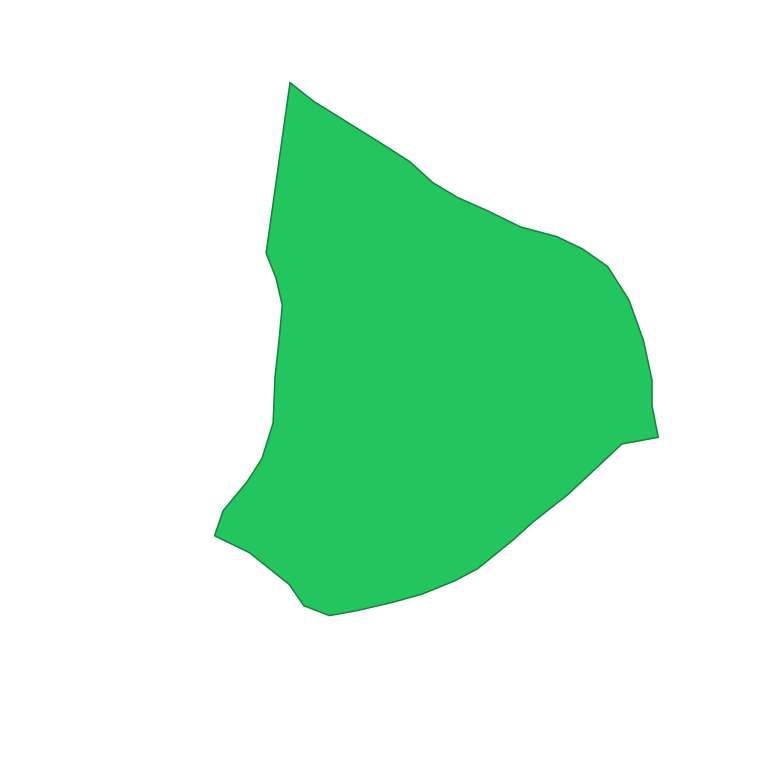 Kouh Ouest, Logone Oriental, Chad, rotated 216°
{"feature_id": "50815135B27112556056018", "entity_name": "Kouh Ouest", "entity_type": "district", "adm_level": 2, "iso_a3": "TCD", "parent_name": "Chad", "parent_adm1": "Logone Oriental", "projection": "albers", "projection_center": [16.878, 8.171], "detail": "fine", "context": "isolated", "style": "filled", "palette": "green", "viewbox_px": 768, "rotation_deg": 216, "n_neighbors": 0, "source": "geoboundaries", "source_scale": "gbopen_adm2", "svg_char_len": 675}
<svg xmlns="http://www.w3.org/2000/svg" viewBox="0 0 768 768"><g transform="rotate(216 384 384)"><path d="M292.1,164.5L273.0,184.4L248.4,212.8L229.5,236.7L211.3,265.9L199.6,289.8L188.0,333.3L182.3,360.2L170.3,402.5L162.0,445.4L156.3,475.3L130.8,502.1L154.3,523.9L169.3,544.5L199.5,571.6L235.1,595.9L272.1,610.5L302.4,610.0L330.5,604.9L365.8,591.3L401.5,585.1L434.1,578.1L462.9,575.6L493.5,579.0L525.2,577.2L564.5,574.4L607.4,571.3L637.2,572.6L556.3,420.6L533.8,406.3L512.5,387.8L495.2,358.7L476.3,325.6L450.9,287.4L438.9,251.9L437.3,223.8L439.7,186.9L431.9,161.6L393.6,168.4L342.9,166.1L318.5,157.5L292.1,164.5Z" fill="#22c55e" stroke="#15803d" stroke-width="1.5"/></g></svg>